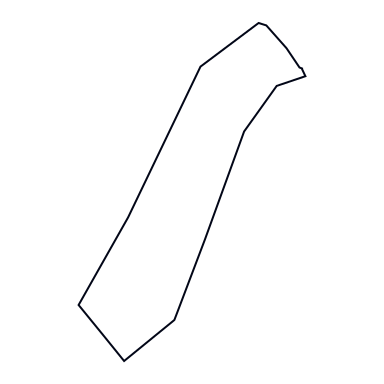 Plat Pays, Soufrière, Saint Lucia
{"feature_id": "8701671B5455309404848", "entity_name": "Plat Pays", "entity_type": "district", "adm_level": 2, "iso_a3": "LCA", "parent_name": "Saint Lucia", "parent_adm1": "Soufrière", "projection": "equal_earth", "projection_center": [-61.054, 13.841], "detail": "fine", "context": "isolated", "style": "outline", "palette": "ink", "viewbox_px": 384, "rotation_deg": 0, "n_neighbors": 0, "source": "geoboundaries", "source_scale": "gbopen_adm2", "svg_char_len": 344}
<svg xmlns="http://www.w3.org/2000/svg" viewBox="0 0 384 384"><path d="M302.1,68.5L299.5,67.5L286.5,48.2L266.3,25.4L258.6,23.0L200.5,66.6L128.1,217.4L78.6,305.0L103.8,335.9L124.1,361.0L174.0,320.3L174.4,319.9L177.2,312.6L205.0,239.3L244.1,131.5L276.7,85.9L305.4,76.2L302.1,69.2L302.1,68.5Z" fill="none" stroke="#020617" stroke-width="2"/></svg>